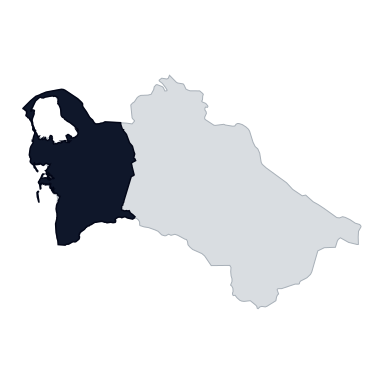 location of Balkan within Turkmenistan
{"feature_id": "TKM-351", "entity_name": "Balkan", "entity_type": "Province", "adm_level": 1, "iso_a3": "TKM", "parent_name": "Turkmenistan", "parent_adm1": "", "projection": "mercator", "projection_center": [54.104, 39.835], "detail": "fine", "context": "in_parent", "style": "filled", "palette": "ink", "viewbox_px": 384, "rotation_deg": 0, "n_neighbors": 0, "source": "natural_earth", "source_scale": "10m", "svg_char_len": 9147}
<svg xmlns="http://www.w3.org/2000/svg" viewBox="0 0 384 384"><path d="M107.3,122.0L126.3,123.1L132.1,123.9L134.5,121.1L134.4,120.4L133.5,119.8L132.1,117.9L130.8,105.0L132.5,103.1L134.4,101.8L137.1,97.7L138.6,96.4L140.8,95.4L148.0,95.1L151.1,94.3L153.7,89.6L154.2,86.9L156.2,84.7L157.3,84.7L162.2,86.6L163.3,87.6L164.9,91.0L166.8,90.8L167.1,90.2L166.8,89.5L165.4,87.3L162.4,83.4L159.3,81.0L159.1,80.2L161.7,78.2L166.8,79.0L168.2,78.4L169.5,75.3L176.4,82.3L177.7,83.0L183.1,83.9L184.0,84.9L185.9,89.0L187.7,90.0L190.0,90.8L199.7,90.9L202.8,93.6L203.3,94.3L202.7,96.2L202.5,99.8L201.7,101.2L202.2,101.9L205.7,103.4L207.7,105.7L207.9,106.7L207.3,107.4L205.7,107.0L204.9,108.1L204.9,110.0L206.1,111.7L206.4,113.4L204.7,117.1L204.7,118.7L205.2,119.5L213.9,125.2L215.3,125.4L223.8,124.3L225.3,125.0L232.7,126.2L234.8,126.0L236.1,124.2L237.5,123.5L238.8,123.5L242.3,124.6L246.0,127.0L248.4,129.2L249.6,131.2L253.0,142.2L255.2,146.6L257.8,148.9L259.7,153.2L261.2,162.4L262.2,164.3L266.2,167.9L286.6,182.8L292.7,189.4L302.2,195.8L305.7,195.1L313.2,201.8L317.9,204.4L324.0,208.4L336.8,217.6L339.5,217.9L342.6,216.7L345.3,217.4L350.1,219.7L355.3,223.2L359.7,224.5L360.9,226.0L361.0,226.8L358.5,231.3L358.2,236.9L358.4,244.4L357.2,244.5L348.6,242.4L340.4,237.8L338.4,239.3L337.4,240.8L335.4,247.3L324.3,247.7L317.8,250.9L311.8,271.8L310.5,274.4L306.9,277.8L300.5,281.1L299.6,282.4L299.4,283.7L298.6,284.1L295.1,284.1L281.7,288.6L278.8,288.6L277.6,288.9L277.1,289.8L278.6,293.9L277.4,295.1L276.5,297.1L275.9,300.7L267.1,306.2L265.3,306.9L261.8,306.4L259.9,306.9L258.1,308.7L257.2,308.2L256.8,306.4L255.8,305.2L250.3,300.7L244.1,301.4L241.7,301.1L239.8,300.3L237.0,297.8L235.1,295.3L233.2,295.6L232.6,294.4L232.5,293.1L233.1,291.4L232.9,288.3L231.8,286.1L230.6,285.1L232.0,281.5L232.0,278.8L231.1,275.9L230.7,271.7L231.0,267.5L229.8,265.4L211.2,265.6L204.6,255.9L201.9,253.6L192.7,249.5L190.1,247.3L188.0,244.8L187.5,241.5L186.5,239.5L185.0,239.2L177.8,235.3L174.9,234.3L171.0,235.3L168.6,234.2L165.9,235.7L164.7,235.8L161.7,234.9L158.1,231.3L155.0,229.9L148.6,227.6L144.1,226.9L140.1,225.6L139.7,225.1L139.6,222.1L139.0,220.8L137.9,219.4L136.3,218.2L129.5,218.3L126.3,217.2L123.8,217.0L118.4,217.2L116.6,218.1L115.6,219.0L114.9,221.9L114.3,222.4L109.1,222.4L97.8,221.8L93.1,223.2L85.9,227.7L81.7,231.5L80.4,233.2L78.0,239.8L76.9,240.7L75.5,241.5L74.0,241.6L67.4,244.2L64.8,244.9L58.2,244.5L56.6,234.8L56.0,227.0L56.8,216.1L56.4,209.2L57.5,198.5L57.1,195.9L53.7,191.2L53.2,187.9L51.1,187.7L47.7,185.0L44.4,183.9L42.8,183.8L41.3,184.6L40.2,186.2L39.4,183.7L39.4,181.1L42.0,175.6L43.7,177.2L45.7,177.9L50.8,177.5L50.3,175.7L47.7,173.8L47.2,171.3L47.3,168.7L48.0,166.3L47.2,165.3L46.1,164.7L43.3,164.8L36.1,163.9L35.3,166.7L37.3,170.5L34.0,166.2L31.8,161.8L30.3,156.7L30.1,151.1L32.9,142.1L35.1,131.0L37.8,135.7L39.9,137.7L44.4,139.0L46.5,138.7L48.8,137.5L51.1,137.9L54.6,142.7L57.1,143.2L62.4,141.4L64.8,141.0L67.0,141.8L69.2,141.8L68.2,139.6L67.8,137.4L69.2,136.2L73.3,137.5L76.6,136.2L77.1,135.6L77.5,133.7L77.0,129.9L76.2,128.3L74.3,126.1L67.0,120.7L64.6,118.5L62.5,115.7L59.1,104.6L56.6,97.5L55.6,96.6L51.3,96.0L43.2,97.8L40.3,97.4L39.0,98.1L35.7,101.2L34.2,103.7L32.0,109.6L33.7,111.5L32.4,121.4L33.1,125.5L32.9,125.9L30.4,120.6L27.1,115.4L24.4,107.4L29.2,102.2L33.3,98.5L37.8,95.7L42.4,93.8L52.7,90.9L58.5,89.8L63.1,89.6L66.7,91.4L76.4,97.9L80.6,101.5L81.8,103.0L82.9,106.5L90.0,117.7L91.7,119.3L94.4,122.8L97.0,123.9L107.3,122.0ZM39.0,200.4L38.8,201.8L37.5,197.5L36.9,192.7L37.7,191.4L38.6,191.5L37.7,193.2L39.0,200.4Z" fill="#d9dde1" stroke="#a8b0b8" stroke-width="1"/><path d="M61.4,89.3L63.2,89.5L64.9,90.2L77.8,98.8L81.8,102.6L82.6,103.9L82.5,105.7L82.9,106.9L86.4,111.8L89.5,117.2L91.1,118.8L92.5,119.9L94.3,123.0L95.4,123.8L96.2,124.0L99.2,123.8L100.6,123.3L102.8,123.0L104.9,121.9L105.7,121.9L120.6,122.7L120.8,124.6L122.2,128.9L122.6,129.4L123.6,129.8L123.4,130.8L123.5,131.2L124.5,132.0L126.4,134.4L129.5,142.8L132.4,146.2L133.7,151.2L134.7,154.0L133.6,158.0L134.9,158.9L135.6,160.6L132.8,162.1L131.3,163.3L131.3,164.0L131.8,165.1L132.1,166.9L134.1,174.9L133.5,175.5L131.5,176.4L131.1,176.9L123.9,200.7L123.7,202.1L122.8,203.8L122.8,205.0L122.0,205.5L121.7,206.0L121.5,209.5L122.0,210.1L122.9,210.3L124.6,211.0L126.6,210.6L127.8,211.0L129.2,210.7L130.3,212.9L132.9,214.8L135.0,216.8L134.1,218.1L132.6,219.1L127.2,217.9L125.2,216.6L124.1,216.8L121.8,217.7L120.4,217.0L118.3,217.1L116.6,218.0L115.1,219.4L114.9,219.8L115.6,220.5L115.7,221.0L115.4,222.1L115.0,222.4L113.0,222.7L110.8,222.2L107.0,222.8L105.6,222.2L104.4,222.2L103.1,221.5L101.6,221.2L96.2,222.2L94.7,222.3L91.4,224.5L89.5,225.2L89.3,225.7L87.2,226.2L86.5,227.2L85.6,227.6L85.3,228.3L84.2,229.5L80.6,232.0L79.6,233.3L79.0,235.3L79.0,235.9L79.5,236.7L79.4,237.9L79.0,239.1L75.8,241.7L74.9,241.9L72.9,241.6L68.9,244.0L68.1,244.2L66.5,244.2L65.2,245.1L58.2,244.6L57.9,240.8L57.0,237.8L56.9,236.5L56.1,232.5L55.6,223.8L56.9,218.5L56.8,217.7L57.1,216.8L57.1,215.5L57.0,213.2L56.6,212.0L56.1,208.9L56.6,205.2L57.0,204.2L58.1,202.4L58.5,201.3L58.3,200.4L58.6,200.1L59.8,196.9L59.6,197.0L59.6,196.4L59.2,196.1L58.4,195.8L58.3,195.4L57.8,195.2L57.2,193.5L56.9,193.3L55.2,193.1L54.7,193.4L54.2,192.7L53.6,190.9L53.4,191.2L53.9,192.6L53.1,192.0L53.0,191.4L53.2,190.6L53.1,189.7L53.9,189.1L53.2,189.0L53.1,188.3L53.7,186.9L52.1,188.2L52.5,188.4L52.7,191.8L51.6,190.1L51.3,188.5L50.8,188.4L50.9,187.1L50.7,186.9L49.9,188.4L50.0,186.8L50.4,185.1L49.8,185.7L50.3,184.2L49.6,184.4L49.9,183.8L49.8,183.5L49.1,184.2L47.7,184.2L47.2,184.6L47.0,184.0L46.8,184.0L46.4,184.6L45.7,184.8L46.0,184.0L45.4,184.0L45.0,184.2L44.7,183.8L43.4,184.2L43.5,183.6L42.1,183.2L40.0,183.8L41.1,184.4L40.7,185.1L40.5,186.0L40.8,187.8L40.8,188.6L40.5,188.9L40.3,188.9L39.7,184.5L38.5,182.6L38.5,182.1L38.7,181.5L39.6,180.5L39.9,179.5L40.7,178.5L42.2,174.8L43.0,173.9L43.9,174.1L43.0,174.7L42.3,175.7L42.0,176.8L41.5,177.4L41.6,178.2L42.5,178.3L45.1,177.8L46.6,177.9L47.1,178.0L47.8,179.3L48.1,179.6L50.0,180.0L50.3,179.7L50.2,179.1L49.8,178.9L50.1,178.1L51.1,179.1L51.5,179.1L52.2,178.5L52.7,178.3L53.7,178.7L54.0,178.4L53.9,178.1L53.4,177.6L51.8,177.2L51.4,176.8L52.0,176.5L51.8,175.7L51.2,175.3L50.0,175.4L49.9,174.3L49.1,173.4L49.3,174.9L47.6,172.9L47.0,172.8L47.3,173.6L46.7,173.2L46.7,173.8L47.1,174.4L47.2,174.9L46.4,174.4L46.3,173.2L46.7,170.9L45.8,171.0L45.5,170.7L46.3,170.3L48.3,167.7L48.0,167.1L49.2,166.7L49.0,166.2L49.9,165.1L50.1,164.5L49.8,164.7L49.4,164.3L48.1,164.3L46.8,163.4L46.0,163.3L45.2,163.6L44.2,164.8L43.2,165.4L42.1,164.8L40.5,163.6L39.4,164.3L37.7,164.5L38.4,163.6L35.8,164.3L35.1,164.1L34.4,162.8L34.0,163.2L33.9,163.6L34.5,164.6L34.8,166.7L35.8,168.1L36.7,169.8L37.7,170.7L37.7,170.9L36.6,170.2L37.5,171.3L37.4,171.5L36.6,170.8L35.6,168.7L35.3,168.3L34.5,167.9L34.2,167.4L33.9,165.5L33.7,165.2L31.4,163.4L30.2,161.8L30.4,160.5L30.9,158.7L30.0,157.3L30.3,157.0L29.7,156.2L29.3,155.0L30.2,148.4L31.0,146.3L33.2,142.9L33.3,141.8L32.3,141.3L32.6,140.4L32.4,140.2L33.3,139.9L33.1,138.8L33.7,136.4L34.6,134.0L34.8,133.0L34.4,129.5L35.5,130.3L35.6,130.6L35.4,131.7L35.7,132.3L36.7,133.6L37.4,135.8L38.2,136.4L39.3,136.2L39.0,136.7L38.0,137.1L38.1,137.6L38.9,138.4L39.0,139.3L39.3,139.4L40.8,139.5L42.8,138.0L42.3,139.3L42.5,139.5L44.3,139.2L44.5,139.1L44.6,138.1L45.2,137.4L45.5,137.5L45.4,138.6L45.9,139.7L47.4,140.5L47.9,140.5L49.7,139.3L49.8,136.8L50.4,135.6L51.3,135.7L52.1,136.4L51.9,137.1L52.0,137.7L52.4,138.1L51.9,139.0L52.5,140.8L52.9,141.4L53.6,141.7L53.7,142.0L53.2,143.2L53.6,144.0L55.6,143.7L57.0,143.9L57.7,143.1L59.0,142.5L60.5,143.0L62.3,142.2L62.5,141.7L61.5,141.2L63.6,141.1L64.3,140.7L65.8,140.7L65.4,141.9L66.3,142.4L69.9,142.5L68.9,142.0L69.2,141.6L70.1,141.4L70.5,141.0L67.8,141.0L67.5,139.4L66.6,137.2L66.7,136.2L66.2,136.1L66.2,135.6L66.7,135.5L67.7,134.6L68.1,134.5L68.8,134.8L70.3,136.0L71.3,136.4L71.4,136.9L70.7,138.0L71.6,138.2L75.5,137.3L75.9,136.5L77.1,135.8L78.0,134.3L78.3,133.3L78.0,132.3L76.4,130.0L77.5,130.3L78.5,131.0L77.4,129.6L77.4,129.3L77.7,129.1L77.3,128.6L75.4,128.0L75.4,127.0L74.5,126.1L69.8,122.4L67.3,121.2L66.4,120.3L64.8,119.3L63.7,117.6L62.8,117.4L62.0,116.7L61.2,115.3L61.0,114.1L60.8,110.1L60.4,107.9L58.6,104.1L57.9,103.8L57.8,103.4L58.1,102.5L57.9,101.3L58.3,100.2L58.0,98.4L57.0,97.1L55.9,96.4L54.7,96.0L53.7,96.4L52.7,95.8L45.4,97.0L43.5,97.9L41.7,97.8L40.3,97.1L39.3,97.5L35.5,100.9L32.2,107.9L31.2,109.2L30.9,110.8L31.0,111.2L31.3,111.2L32.4,109.9L33.6,110.1L34.1,110.3L34.4,110.8L34.0,112.2L34.1,113.5L34.0,114.3L32.4,118.3L32.0,120.2L32.6,122.6L32.7,124.6L34.3,128.3L34.2,129.0L33.6,129.9L33.6,130.6L32.8,129.7L32.9,127.0L32.5,125.8L32.0,125.2L32.0,123.9L31.4,121.7L31.1,121.4L30.7,120.2L29.8,119.7L29.7,118.7L29.1,118.1L28.0,117.7L27.2,116.6L26.0,115.7L26.0,115.0L26.6,113.7L26.7,111.7L26.0,110.4L25.2,110.3L24.9,109.8L24.1,109.1L23.3,108.9L23.0,108.4L30.8,100.6L35.9,96.3L39.6,95.0L41.0,94.2L46.2,92.1L61.4,89.3ZM37.1,192.5L37.8,191.5L38.4,191.4L38.5,191.6L38.5,191.8L37.8,192.3L37.7,193.5L38.9,201.9L38.7,201.9L37.9,198.5L37.4,197.2L37.1,193.2L37.1,192.5ZM47.6,176.4L48.1,176.0L48.4,176.3L48.6,176.2L48.8,177.0L49.3,177.8L49.2,178.1L48.5,178.7L48.1,178.7L47.5,176.7L47.6,176.4Z" fill="#0f172a" stroke="#020617" stroke-width="1.5"/></svg>